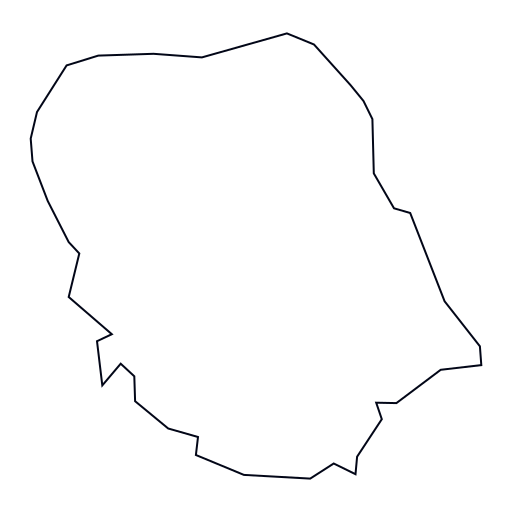 outline of Jackson, Kentucky, United States of America
{"feature_id": "52423323B42512235988752", "entity_name": "Jackson", "entity_type": "district", "adm_level": 2, "iso_a3": "USA", "parent_name": "United States of America", "parent_adm1": "Kentucky", "projection": "albers", "projection_center": [-84.011, 37.416], "detail": "fine", "context": "isolated", "style": "outline", "palette": "ink", "viewbox_px": 512, "rotation_deg": 0, "n_neighbors": 0, "source": "geoboundaries", "source_scale": "gbopen_adm2", "svg_char_len": 601}
<svg xmlns="http://www.w3.org/2000/svg" viewBox="0 0 512 512"><path d="M153.5,53.8L98.3,55.6L66.6,65.4L37.0,112.0L30.7,138.6L32.5,161.4L47.7,200.9L68.7,242.1L79.3,253.5L68.7,297.0L111.8,334.2L97.0,341.2L102.3,385.4L120.7,363.7L134.3,376.3L135.1,401.2L168.2,428.5L198.0,437.0L195.9,455.0L243.9,474.9L310.2,478.6L333.7,463.5L355.5,474.2L357.1,456.7L381.8,419.2L376.2,402.7L396.4,403.1L440.7,369.8L481.3,365.1L479.9,346.3L444.6,301.3L410.2,213.0L394.0,208.3L373.8,173.4L372.4,119.1L363.5,101.0L350.6,85.2L314.0,44.5L286.9,33.4L201.9,57.4L153.5,53.8Z" fill="none" stroke="#020617" stroke-width="2"/></svg>